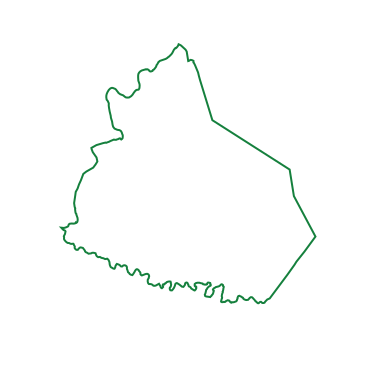 Tataltepec de Valdés, Oaxaca, Mexico, rotated 35°
{"feature_id": "50627088B54996200211421", "entity_name": "Tataltepec de Valdés", "entity_type": "district", "adm_level": 2, "iso_a3": "MEX", "parent_name": "Mexico", "parent_adm1": "Oaxaca", "projection": "robinson", "projection_center": [-97.541, 16.313], "detail": "fine", "context": "isolated", "style": "outline", "palette": "green", "viewbox_px": 384, "rotation_deg": 35, "n_neighbors": 0, "source": "geoboundaries", "source_scale": "gbopen_adm2", "svg_char_len": 6001}
<svg xmlns="http://www.w3.org/2000/svg" viewBox="0 0 384 384"><g transform="rotate(35 192 192)"><path d="M314.9,241.0L314.8,240.0L315.3,236.9L316.7,234.6L317.6,205.0L317.7,192.8L317.5,189.2L318.3,176.3L318.7,157.7L277.8,136.9L259.1,117.6L167.5,121.5L134.5,95.8L131.1,93.0L128.4,90.6L121.8,86.4L119.4,85.1L118.9,85.1L118.1,83.8L117.1,83.8L115.8,84.2L114.9,84.7L114.4,86.1L113.8,86.9L107.1,80.0L105.1,79.1L99.2,78.3L98.4,78.3L96.3,78.7L96.6,79.8L96.7,80.7L96.6,82.2L96.4,83.2L95.9,83.4L95.7,84.3L95.8,84.9L95.6,85.3L95.6,85.9L96.1,89.2L96.1,90.9L95.5,94.3L95.1,95.2L94.9,96.3L94.1,98.1L90.5,103.0L90.3,103.6L90.3,104.1L90.0,104.6L90.3,107.5L90.2,108.5L90.7,109.9L90.7,111.5L90.6,113.3L90.4,113.6L90.4,113.9L90.0,114.6L90.2,115.5L89.9,115.9L89.4,116.6L88.7,117.2L87.8,117.3L87.1,117.0L86.2,116.9L85.2,117.0L84.5,117.7L83.9,117.8L83.6,118.4L83.2,118.7L81.2,121.2L80.5,122.7L80.2,124.4L80.3,125.8L80.9,127.2L82.2,129.1L84.2,131.6L87.1,133.7L88.1,134.9L89.2,136.8L89.5,137.6L89.5,138.8L87.9,140.3L87.6,141.7L87.4,142.4L87.5,143.1L87.4,143.8L87.5,146.4L87.2,148.4L86.2,150.7L84.8,151.8L83.7,152.4L82.4,152.5L80.2,152.3L77.1,153.1L74.8,153.0L73.9,152.6L72.1,152.1L71.1,151.7L69.9,151.6L67.4,152.2L66.6,152.7L66.0,153.5L65.6,154.4L65.3,156.3L65.5,158.7L65.9,160.6L66.5,162.1L67.4,163.5L69.1,165.3L70.6,165.7L72.7,166.9L73.3,167.5L74.0,168.7L75.7,170.6L78.4,173.3L81.7,176.2L83.0,177.7L86.1,180.1L88.4,182.5L90.0,183.8L92.2,184.5L95.1,183.9L97.2,182.9L98.6,182.8L100.3,183.5L101.4,184.4L102.7,185.2L103.7,186.6L104.3,187.9L104.2,188.8L103.9,189.6L102.9,189.5L102.5,189.3L101.8,189.7L101.2,191.0L100.5,191.8L99.9,192.8L98.7,193.6L98.0,193.8L95.7,197.4L95.5,198.0L93.4,201.0L92.8,201.1L91.1,203.0L86.8,208.4L84.3,213.6L85.1,214.4L87.9,216.3L94.0,218.5L97.0,221.3L97.2,224.7L97.1,228.7L93.7,235.9L92.6,239.5L94.3,246.2L95.1,250.6L96.3,254.8L96.7,258.6L98.1,261.3L101.8,268.7L104.4,271.5L105.7,272.3L105.8,272.8L106.4,273.5L108.0,275.3L108.7,275.9L109.2,276.2L109.8,276.3L110.3,276.9L113.1,278.9L114.3,280.3L114.9,281.5L115.2,282.5L115.0,283.6L114.7,283.7L114.3,283.6L114.3,284.6L114.1,284.9L113.2,285.8L111.4,286.9L109.9,288.3L109.7,289.4L110.2,290.9L110.1,291.5L109.3,292.9L108.1,294.5L107.4,295.1L105.4,296.2L107.6,296.7L108.8,296.8L109.5,296.5L110.3,296.5L111.0,296.8L112.0,299.1L112.4,301.8L113.1,302.3L114.1,303.9L115.2,304.5L117.1,305.0L119.2,305.1L120.6,304.3L122.1,304.1L123.1,303.6L124.3,302.5L124.8,302.5L125.8,303.2L127.2,303.8L127.9,305.1L129.0,305.6L130.4,305.7L131.6,304.9L131.7,303.2L132.1,301.8L132.5,301.3L133.1,301.0L134.7,300.4L137.8,301.4L138.5,302.0L139.5,302.2L141.1,301.9L142.6,301.9L144.6,300.1L145.0,299.2L145.8,298.5L147.0,297.9L148.1,297.5L149.6,298.6L150.8,299.2L152.5,299.2L153.8,298.0L154.7,298.0L156.1,297.7L157.4,297.1L159.2,296.8L159.9,296.3L160.7,295.3L162.2,295.4L163.4,296.0L164.5,296.7L166.4,298.8L168.2,300.0L168.9,300.1L170.3,299.9L171.1,299.9L171.9,299.7L172.5,299.3L172.4,297.9L171.8,296.7L171.7,295.7L171.6,294.9L171.7,294.0L173.5,293.5L174.6,293.3L176.3,293.7L177.4,293.2L177.9,291.5L178.9,290.6L179.9,290.3L181.0,290.4L181.8,290.9L182.4,291.8L183.0,292.5L183.5,292.7L185.7,294.4L186.8,294.4L188.0,294.9L189.4,294.8L190.8,294.3L190.9,293.4L190.8,290.7L190.6,289.5L190.6,287.9L190.9,287.1L191.7,286.6L193.0,286.6L194.0,287.1L195.3,287.4L196.2,287.9L196.9,288.9L197.8,289.2L198.8,289.1L200.1,287.2L200.7,286.3L201.4,285.4L202.5,284.6L203.6,284.5L204.5,284.9L205.2,285.5L205.5,286.6L205.9,287.1L206.1,289.3L207.2,290.9L208.5,291.9L209.4,292.1L210.0,291.8L211.0,291.1L211.9,290.8L212.7,290.7L214.1,290.9L215.3,290.2L216.0,289.4L217.6,286.1L220.2,287.3L221.1,288.0L221.8,288.2L222.5,288.1L222.7,287.3L222.8,286.3L222.5,286.0L221.4,285.1L221.3,284.2L221.8,283.7L222.4,283.5L222.4,282.1L222.8,281.7L223.0,280.3L223.8,279.2L224.7,278.3L225.8,277.7L226.7,278.4L227.1,279.1L227.8,279.5L228.4,280.6L228.9,281.8L228.7,283.0L229.2,284.0L229.8,284.5L230.6,284.9L231.5,284.5L232.0,284.1L232.2,282.7L232.2,280.8L231.8,278.9L231.1,276.7L231.2,276.2L231.8,275.3L232.3,275.2L234.0,275.1L235.3,275.1L238.1,275.3L239.4,274.6L239.5,272.3L238.8,270.7L238.9,270.0L239.4,269.3L239.9,269.1L240.7,269.2L241.2,269.7L242.0,269.9L242.9,270.8L243.7,271.1L244.5,270.9L245.5,270.9L246.7,271.5L250.2,271.3L250.7,271.1L250.9,270.1L250.9,269.4L250.7,268.4L250.3,268.1L250.1,267.4L249.6,267.1L249.0,267.2L248.6,267.5L248.0,267.3L247.4,266.5L247.0,265.7L247.3,265.0L247.5,264.3L248.4,263.3L250.1,262.1L251.9,261.5L252.6,261.1L253.2,260.9L253.9,261.2L254.5,260.9L255.2,260.8L255.7,260.2L256.5,260.0L256.8,259.7L257.2,259.0L256.9,258.5L256.9,257.7L257.0,257.1L257.7,256.6L259.1,256.1L259.5,256.4L259.8,257.0L260.4,257.1L260.8,257.5L260.9,258.1L259.9,260.2L259.7,262.1L259.9,262.8L259.7,263.8L259.9,264.3L261.1,267.3L261.4,268.8L261.8,269.1L262.3,269.6L263.4,269.5L267.2,267.6L267.2,266.8L267.5,266.1L267.4,265.4L267.6,263.8L267.2,262.1L266.8,261.5L266.7,260.8L266.4,260.3L265.5,260.2L265.0,259.8L265.1,258.7L265.3,257.9L265.8,257.1L266.0,256.3L268.0,254.0L268.3,253.4L268.6,252.6L268.9,251.0L269.2,250.6L269.7,250.4L270.8,250.5L271.3,251.2L272.2,251.3L272.6,251.8L273.1,253.2L273.5,253.8L274.2,255.5L274.2,256.0L274.7,256.4L275.1,258.0L275.8,259.7L276.4,260.6L277.0,260.9L277.6,262.0L277.7,262.9L278.2,263.7L278.4,264.8L278.9,265.2L279.6,265.1L280.7,264.3L281.2,263.6L281.7,263.5L282.3,262.8L282.5,261.6L283.0,260.8L283.3,260.2L283.6,260.0L284.2,260.0L284.9,259.6L286.1,260.1L287.0,260.3L287.8,260.0L287.8,259.4L288.8,258.9L289.7,258.0L290.9,256.2L291.0,255.2L290.6,254.4L290.5,253.2L290.1,252.9L289.9,252.3L289.7,251.4L289.7,250.6L290.4,249.8L291.6,249.7L292.6,249.4L293.6,249.6L294.1,249.4L294.7,249.5L295.1,249.9L296.3,250.0L297.6,249.7L298.4,249.4L299.3,248.6L299.8,248.1L299.8,247.6L300.0,246.7L300.0,245.7L300.3,245.0L300.6,244.3L301.6,243.8L302.5,243.9L304.0,244.3L304.8,244.4L306.8,245.1L307.5,244.9L308.1,245.2L309.4,245.3L310.0,245.2L310.4,244.7L310.6,243.7L310.9,242.9L311.5,242.4L312.1,242.4L313.1,242.6L313.6,242.4L314.4,241.8L314.9,241.0Z" fill="none" stroke="#15803d" stroke-width="2"/></g></svg>